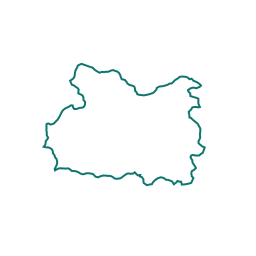 outline of Tambaú, São Paulo, Brazil, rotated 60°
{"feature_id": "56859067B22944162583516", "entity_name": "Tambaú", "entity_type": "district", "adm_level": 2, "iso_a3": "BRA", "parent_name": "Brazil", "parent_adm1": "São Paulo", "projection": "orthographic", "projection_center": [-47.241, -21.6], "detail": "fine", "context": "isolated", "style": "outline", "palette": "teal", "viewbox_px": 256, "rotation_deg": 60, "n_neighbors": 0, "source": "geoboundaries", "source_scale": "gbopen_adm2", "svg_char_len": 3150}
<svg xmlns="http://www.w3.org/2000/svg" viewBox="0 0 256 256"><g transform="rotate(60 128 128)"><path d="M117.1,48.3L116.5,50.4L114.6,50.8L112.8,52.1L111.5,53.9L110.4,55.5L109.6,57.6L110.0,60.5L110.1,63.7L110.9,66.2L111.2,68.0L110.3,69.7L110.4,71.9L109.9,74.3L109.1,77.3L108.2,79.0L107.7,80.5L107.8,83.2L109.1,84.5L109.8,87.0L110.2,88.6L109.7,91.0L109.3,93.1L108.6,95.3L107.7,97.9L106.5,99.5L104.8,101.8L103.4,103.1L101.2,102.7L99.4,103.3L97.9,102.5L96.0,101.9L94.6,102.2L93.1,103.5L91.3,105.3L89.2,106.2L86.9,106.3L85.0,106.6L83.7,107.8L82.6,109.0L80.3,108.8L78.4,108.3L75.7,108.3L73.5,109.2L72.4,110.4L70.6,111.7L69.8,113.7L69.6,115.6L69.3,117.3L68.2,119.1L67.7,120.7L66.4,122.4L65.9,125.0L64.0,126.2L62.0,127.2L60.0,128.1L58.4,128.3L49.2,136.2L49.0,137.8L48.9,140.2L50.6,142.5L52.0,144.8L54.3,146.9L55.9,147.9L57.0,149.0L57.8,150.7L58.0,152.4L58.1,154.5L60.3,154.8L62.4,155.0L64.3,153.5L66.8,152.4L68.4,151.6L70.1,151.5L71.2,152.4L73.1,153.7L75.4,152.1L77.2,151.1L79.1,151.3L81.4,152.5L83.9,152.1L86.4,153.7L87.7,155.9L87.4,157.9L86.4,159.7L85.8,163.1L84.6,165.1L82.4,165.2L80.9,164.6L79.9,165.9L80.0,168.7L79.7,172.4L80.0,175.2L81.1,177.5L82.9,180.1L84.1,182.1L85.4,184.4L85.9,185.9L86.5,188.2L87.1,190.1L86.4,193.2L84.1,194.9L83.9,196.6L85.2,197.5L87.5,198.7L89.3,199.9L91.5,200.7L93.6,202.0L96.4,202.0L97.4,203.4L98.2,205.7L101.0,207.8L102.1,210.4L103.9,208.5L104.9,206.7L106.3,205.7L108.3,204.6L110.2,204.7L112.4,205.6L114.7,205.3L117.2,205.8L119.0,205.4L121.1,205.9L123.5,207.2L124.8,208.9L125.8,210.3L126.7,211.9L128.2,212.4L128.2,210.2L128.3,208.6L129.0,206.7L130.1,205.3L131.9,202.3L133.3,199.7L135.1,198.8L136.9,198.3L138.9,195.4L140.1,194.1L141.7,193.0L143.4,192.1L145.1,190.8L145.9,189.3L146.2,187.4L147.2,185.1L148.9,183.0L150.2,181.4L152.0,180.9L153.9,180.5L155.8,178.5L156.0,176.1L156.8,173.1L158.6,170.4L159.8,168.8L160.5,167.4L162.6,165.8L164.9,164.9L166.2,163.4L167.0,161.7L167.7,160.0L167.7,158.4L167.4,156.2L167.3,154.4L167.0,152.1L167.7,150.1L169.0,148.6L170.0,146.4L169.8,144.3L171.8,143.9L173.9,143.2L174.8,140.9L175.9,142.0L177.4,140.6L180.1,140.3L181.9,141.3L183.4,141.9L184.9,141.2L186.9,140.3L187.8,137.4L188.6,135.4L187.7,133.9L186.8,131.3L186.5,129.1L186.5,127.2L187.1,124.2L189.1,122.1L191.8,121.0L192.9,119.3L194.9,117.6L196.3,116.5L198.1,116.4L199.7,116.4L199.3,113.5L198.6,111.5L200.0,110.6L201.1,108.8L203.9,109.7L204.9,107.7L205.8,105.4L206.6,103.0L207.1,100.6L205.0,97.7L204.0,96.3L201.7,96.9L199.2,96.0L197.3,94.5L197.3,91.6L196.6,89.1L190.2,89.4L187.8,88.4L186.4,88.6L184.4,88.4L183.4,86.9L183.8,85.3L185.2,83.7L186.4,82.0L187.4,80.0L186.9,77.8L186.9,75.6L183.2,71.3L181.2,72.8L178.6,73.8L176.6,74.5L174.8,73.7L173.7,71.9L172.3,70.2L169.9,69.1L168.4,68.1L166.5,66.6L164.3,65.6L162.2,65.6L159.2,65.5L157.3,66.3L155.5,66.9L152.9,67.9L150.7,68.4L149.6,69.5L147.1,68.3L144.4,67.4L143.5,64.0L142.4,62.1L142.8,60.3L144.2,58.0L145.3,56.8L145.8,55.3L144.0,55.1L142.1,54.9L138.0,52.5L136.6,53.2L133.6,56.1L131.5,58.0L129.1,56.8L127.1,57.4L125.2,57.1L124.9,54.0L125.6,51.3L127.7,49.0L128.2,45.6L127.8,43.6L126.3,43.8L124.0,44.8L122.2,45.8L119.9,47.6L117.1,48.3Z" fill="none" stroke="#0f766e" stroke-width="2"/></g></svg>